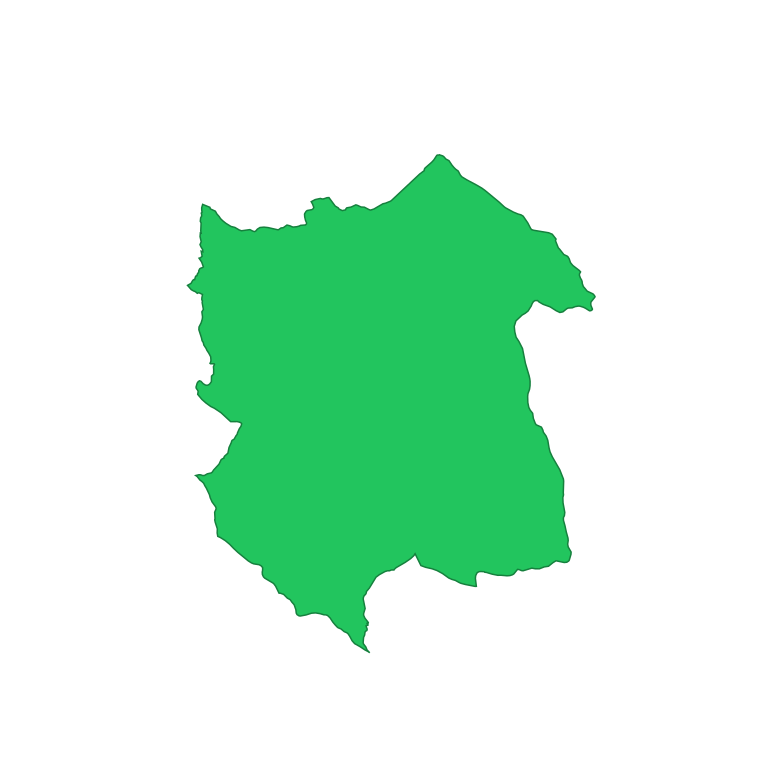 outline of El Cocuy, Boyacá, Colombia, rotated 322°
{"feature_id": "7082276B29849615421719", "entity_name": "El Cocuy", "entity_type": "district", "adm_level": 2, "iso_a3": "COL", "parent_name": "Colombia", "parent_adm1": "Boyacá", "projection": "equal_earth", "projection_center": [-72.432, 6.355], "detail": "fine", "context": "isolated", "style": "filled", "palette": "green", "viewbox_px": 768, "rotation_deg": 322, "n_neighbors": 0, "source": "geoboundaries", "source_scale": "gbopen_adm2", "svg_char_len": 6171}
<svg xmlns="http://www.w3.org/2000/svg" viewBox="0 0 768 768"><g transform="rotate(322 384 384)"><path d="M428.0,631.6L428.8,625.9L430.1,623.3L432.8,620.7L434.1,618.7L436.6,612.7L439.3,607.2L441.4,602.1L442.4,600.6L443.5,599.5L445.0,598.9L447.4,596.5L451.9,587.9L455.0,583.6L457.2,581.9L458.3,580.1L465.8,571.1L466.9,569.3L469.7,559.8L471.8,544.9L473.1,539.6L474.8,535.8L478.4,529.2L479.7,524.9L479.9,520.1L480.8,518.2L481.5,514.9L478.8,509.8L479.0,508.0L480.5,503.1L483.1,498.6L483.1,494.7L483.7,491.6L485.9,487.2L489.5,482.3L491.4,480.3L495.4,477.8L498.0,475.3L500.8,471.8L502.1,469.6L503.4,466.9L508.2,454.7L515.0,441.3L516.5,433.5L516.9,428.5L519.1,423.6L522.1,418.8L526.8,415.5L535.3,414.7L538.7,415.2L542.4,415.2L548.0,413.2L550.2,411.9L552.1,411.2L554.1,411.1L556.4,412.8L556.6,414.6L557.7,417.4L558.5,419.3L562.4,425.5L564.8,432.3L566.6,435.9L569.4,437.3L574.4,437.2L576.0,437.6L579.3,439.9L582.2,440.7L585.2,442.3L586.3,443.3L588.4,446.3L589.4,448.4L591.0,452.8L592.1,453.6L593.9,453.7L594.4,453.2L595.5,449.3L596.8,447.5L597.7,446.8L603.2,445.5L604.0,445.2L604.2,444.7L604.3,442.5L604.1,441.5L601.3,436.0L601.1,429.9L602.2,426.7L603.0,425.6L603.7,423.8L604.0,421.5L604.9,418.7L605.8,417.6L607.9,416.7L607.8,414.8L605.8,407.0L605.7,405.2L605.7,403.1L607.0,399.4L607.3,397.0L607.1,396.0L605.4,392.7L605.4,386.0L605.2,384.0L607.2,377.1L607.5,376.5L608.8,375.7L608.8,369.6L606.9,366.2L596.5,354.9L595.3,353.1L595.4,351.4L596.5,345.5L597.0,337.4L596.1,335.0L594.3,332.6L591.8,328.2L588.2,319.9L587.8,318.3L586.7,311.5L582.7,293.4L581.7,289.9L579.8,285.1L574.9,274.0L572.9,268.7L572.8,266.2L573.6,261.9L572.7,258.8L572.4,256.3L572.3,253.3L572.7,248.0L571.3,244.9L571.1,241.6L570.7,240.4L568.7,237.4L568.1,237.3L566.9,236.4L566.2,236.4L561.2,238.1L558.1,238.6L549.3,239.1L548.0,239.6L547.1,240.6L541.4,240.5L502.7,244.0L501.5,243.9L496.4,242.4L494.1,241.3L483.8,239.9L480.8,238.8L480.3,238.5L479.5,237.2L477.4,232.6L474.9,230.4L473.1,226.9L472.1,225.5L467.0,224.3L463.2,222.3L462.1,222.4L460.9,223.1L457.9,221.7L456.3,218.5L456.4,217.1L455.1,213.7L455.4,203.2L453.8,202.1L450.3,200.9L449.2,200.1L448.1,198.6L443.3,196.3L438.9,195.5L438.5,198.1L437.4,201.7L435.8,202.3L434.5,202.2L430.3,200.0L428.9,200.0L426.4,200.9L425.8,201.4L424.4,203.5L422.9,206.7L422.2,209.3L421.4,210.2L420.0,210.3L415.9,207.6L414.6,207.4L412.2,206.4L409.3,204.6L408.6,203.9L407.2,201.3L405.4,199.0L400.8,198.8L398.9,197.6L395.9,197.5L395.1,196.9L388.9,189.3L386.0,186.5L382.6,184.3L379.6,184.0L377.0,184.5L375.8,184.2L374.7,182.7L373.4,179.8L366.0,175.5L364.8,173.6L362.9,168.8L360.4,165.6L358.3,159.9L357.4,156.0L357.0,153.0L357.2,150.5L357.0,147.1L357.5,144.0L355.0,139.1L355.6,137.6L351.7,130.8L348.8,132.9L347.4,134.8L346.3,136.7L345.2,136.8L344.7,138.1L343.7,139.4L341.8,140.2L339.4,142.7L339.1,144.2L338.6,145.0L333.8,150.6L332.8,152.6L332.3,151.9L329.8,154.6L327.5,159.4L324.8,160.9L324.2,163.3L323.9,166.3L322.6,168.3L321.7,166.8L319.3,171.4L317.1,171.5L315.7,171.0L315.4,175.6L313.8,180.5L312.6,180.5L310.6,179.8L309.6,179.8L307.6,180.8L307.0,181.7L304.5,182.5L303.3,183.5L302.3,183.1L301.6,183.3L299.0,185.2L298.4,184.6L297.1,184.6L293.9,185.9L289.9,185.3L290.2,191.0L291.2,193.4L292.2,195.1L292.7,197.6L293.8,197.8L294.5,198.4L296.1,201.7L293.4,204.1L292.2,205.6L292.2,206.6L290.8,207.9L287.6,214.0L284.9,215.0L282.3,219.4L280.7,221.0L277.6,223.2L273.3,225.2L271.5,227.3L268.6,235.2L267.3,237.9L267.1,240.1L266.0,242.4L265.7,246.4L265.2,248.4L264.9,252.0L264.2,255.8L262.3,258.7L261.2,259.8L259.6,260.6L259.8,261.3L262.6,263.5L262.6,264.1L260.2,265.4L258.8,267.6L255.8,271.3L252.9,271.6L249.4,275.9L247.0,276.6L245.5,276.7L243.9,276.2L242.7,275.0L241.7,272.5L241.4,269.2L240.6,267.9L239.2,267.7L237.3,268.3L234.0,270.7L233.4,271.8L233.3,274.1L233.0,275.4L230.8,277.5L231.0,284.1L232.0,289.4L233.6,295.0L235.4,298.7L237.9,306.3L240.0,319.3L245.1,323.2L246.5,324.9L247.3,326.3L247.4,327.7L245.2,329.3L242.6,330.1L238.3,332.4L237.3,333.3L235.7,333.6L231.9,335.2L229.8,334.9L229.0,335.1L227.5,336.2L222.8,338.6L218.4,342.4L213.9,342.7L212.6,343.3L212.1,343.9L210.7,343.4L209.0,343.4L204.6,345.6L196.7,346.9L194.5,347.7L193.1,347.7L189.5,346.0L186.1,345.5L184.7,344.4L183.7,342.8L182.4,341.6L179.3,340.2L179.8,341.9L179.8,346.4L180.4,348.4L180.8,351.2L180.2,353.8L179.9,356.6L178.3,363.7L177.0,366.7L175.9,371.2L175.7,377.4L174.9,379.0L171.6,380.8L168.0,386.0L167.0,386.8L165.9,389.0L163.5,395.5L160.8,398.7L159.2,401.7L160.5,404.2L162.5,409.7L163.7,415.3L164.3,421.1L165.2,426.8L168.1,439.8L169.4,443.4L170.6,445.5L174.4,449.6L175.3,451.9L175.3,454.0L173.6,456.1L172.3,457.2L170.9,459.2L170.3,461.7L170.5,463.6L173.9,472.3L174.2,473.7L174.1,476.7L172.5,484.2L173.5,485.0L175.4,488.0L176.0,493.3L177.3,496.2L177.1,499.2L177.3,502.6L175.6,507.6L173.8,510.5L173.5,512.2L174.3,514.4L175.2,515.3L180.4,518.0L185.8,520.0L189.2,522.3L192.3,525.7L194.5,528.8L196.1,530.2L197.0,531.6L197.5,535.0L197.1,540.1L197.2,543.6L197.5,546.8L197.8,547.9L199.3,550.5L200.2,554.7L201.4,556.8L201.9,558.4L201.7,561.5L200.8,566.7L201.0,570.5L203.4,576.2L205.2,581.7L206.8,585.2L207.3,587.0L206.9,583.2L207.8,579.9L207.8,576.2L208.4,574.9L211.9,571.1L214.2,569.9L216.2,567.9L217.3,567.5L218.7,567.7L219.3,567.3L219.9,566.6L220.6,564.3L221.1,563.4L222.8,564.2L223.2,563.8L223.1,562.3L223.5,562.1L224.3,562.7L224.8,562.3L224.8,556.8L225.6,553.6L226.8,552.2L230.9,549.3L235.1,540.9L236.1,539.7L238.0,538.6L240.0,538.4L241.4,537.7L242.4,536.7L246.8,535.8L258.8,531.3L263.1,531.4L269.3,532.4L271.7,533.3L273.4,534.6L275.3,535.1L277.4,536.7L278.0,536.4L280.6,536.2L290.8,537.6L297.4,538.0L302.0,537.6L304.0,536.9L301.3,549.8L303.9,554.0L308.2,559.3L310.9,563.6L313.4,569.3L315.6,576.8L317.1,579.6L319.3,582.7L321.0,586.7L321.9,588.4L324.7,592.1L331.2,599.6L332.2,600.3L336.3,593.5L338.2,591.5L341.0,590.1L343.2,590.3L344.9,591.4L347.5,593.7L347.5,594.4L348.6,595.4L352.2,600.5L355.9,604.8L358.4,606.7L362.9,610.9L365.3,612.5L367.7,613.4L369.3,613.6L375.1,612.3L376.2,613.4L377.4,615.6L378.6,616.8L387.1,620.1L389.4,622.7L392.7,625.3L397.7,626.8L401.4,628.9L407.0,628.8L410.7,629.2L416.1,635.6L418.3,637.0L420.6,637.2L421.5,636.9L426.5,633.3L428.0,631.6Z" fill="#22c55e" stroke="#15803d" stroke-width="1.5"/></g></svg>